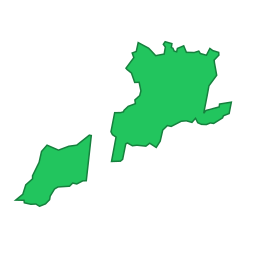 the district of St. Martin, Louisiana, United States of America, rotated 101°
{"feature_id": "52423323B3769936214170", "entity_name": "St. Martin", "entity_type": "district", "adm_level": 2, "iso_a3": "USA", "parent_name": "United States of America", "parent_adm1": "Louisiana", "projection": "mercator", "projection_center": [-91.637, 30.099], "detail": "fine", "context": "isolated", "style": "filled", "palette": "green", "viewbox_px": 256, "rotation_deg": 101, "n_neighbors": 0, "source": "geoboundaries", "source_scale": "gbopen_adm2", "svg_char_len": 1505}
<svg xmlns="http://www.w3.org/2000/svg" viewBox="0 0 256 256"><g transform="rotate(101 128 128)"><path d="M34.3,62.8L41.6,64.9L41.1,71.2L39.0,73.2L41.3,77.4L41.9,81.2L42.6,85.1L36.7,89.0L40.5,94.7L43.9,94.8L43.7,97.4L41.2,99.1L40.7,100.8L36.8,101.0L36.2,108.0L39.1,109.3L41.4,106.8L48.5,106.6L51.7,114.6L47.3,120.7L45.7,123.0L44.2,127.9L42.2,134.3L51.3,134.5L53.6,138.2L56.3,136.6L57.8,135.7L63.0,138.2L69.7,141.4L70.8,140.0L73.4,135.1L82.0,130.1L81.0,125.8L89.1,122.4L94.0,122.7L99.1,126.6L102.7,125.4L106.7,131.9L111.3,135.2L113.0,135.6L114.3,138.1L115.5,144.0L134.9,144.0L137.5,142.0L139.2,138.0L164.0,137.8L162.0,129.1L159.8,127.3L144.1,127.2L142.8,125.7L144.6,120.3L143.2,116.0L142.4,107.0L138.8,103.8L141.7,96.6L134.8,93.9L123.4,93.5L118.1,89.8L118.2,85.9L111.2,77.0L109.8,72.1L110.3,66.3L105.6,63.6L109.5,60.5L110.4,56.6L109.7,51.8L107.3,48.1L107.2,44.8L100.0,37.1L97.8,36.7L94.5,31.5L82.9,31.5L87.0,42.7L89.9,42.5L95.9,54.8L99.1,56.5L81.1,56.5L71.1,56.6L59.3,51.0L47.5,55.6L46.8,55.8L46.4,56.0L46.0,56.0L45.4,56.2L45.3,56.4L45.0,56.5L44.9,56.4L39.1,52.7L36.5,53.4L35.8,59.6L34.3,62.8ZM142.4,162.6L142.4,164.6L154.6,175.0L157.2,182.6L163.0,192.0L160.3,204.2L167.5,208.4L178.7,208.7L193.1,212.6L196.1,212.0L203.3,217.5L213.1,218.6L220.2,224.5L218.8,216.3L221.2,215.5L221.4,208.8L220.2,203.9L221.7,199.9L218.2,194.5L213.3,191.3L209.7,191.4L201.9,188.5L199.2,185.4L196.3,174.3L192.6,171.8L192.7,167.6L188.5,162.3L187.7,158.9L142.4,162.6Z" fill="#22c55e" stroke="#15803d" stroke-width="1.5"/></g></svg>